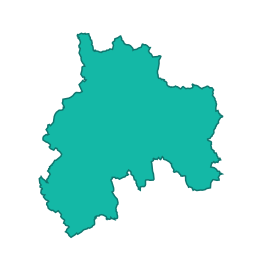 the district of Loikaw, Kayah, Myanmar, rotated 352°
{"feature_id": "60261553B25125997749826", "entity_name": "Loikaw", "entity_type": "district", "adm_level": 2, "iso_a3": "MMR", "parent_name": "Myanmar", "parent_adm1": "Kayah", "projection": "robinson", "projection_center": [97.339, 19.508], "detail": "fine", "context": "isolated", "style": "filled", "palette": "teal", "viewbox_px": 256, "rotation_deg": 352, "n_neighbors": 0, "source": "geoboundaries", "source_scale": "gbopen_adm2", "svg_char_len": 5824}
<svg xmlns="http://www.w3.org/2000/svg" viewBox="0 0 256 256"><g transform="rotate(352 128 128)"><path d="M214.8,186.6L213.4,185.6L212.4,185.5L212.7,184.2L212.2,183.5L210.6,183.3L209.8,181.3L207.9,179.4L204.5,178.1L206.2,174.1L206.9,174.3L208.3,173.3L209.3,174.6L210.7,174.0L212.2,174.5L213.2,172.6L215.3,172.4L214.7,170.7L213.9,171.0L213.0,170.5L212.8,169.0L212.0,167.5L212.2,166.7L211.7,165.0L210.7,165.0L209.8,163.9L209.7,163.4L210.1,162.8L207.6,160.1L207.9,159.4L207.6,156.4L208.4,155.7L208.3,154.8L208.6,153.8L208.3,153.0L205.7,151.5L205.2,150.9L205.3,150.0L207.8,149.7L208.8,148.4L210.3,147.5L210.3,146.8L211.9,145.5L212.5,144.2L212.5,142.9L212.9,141.7L214.5,140.2L215.0,138.7L215.7,138.3L215.7,137.8L216.6,136.7L218.4,135.5L218.3,134.5L218.8,133.2L221.2,130.5L223.1,130.1L223.3,129.5L222.0,128.3L221.0,127.9L220.9,126.8L220.1,126.3L219.5,123.2L217.5,123.5L217.7,120.3L219.0,116.6L218.6,115.6L218.8,114.3L218.0,112.2L218.2,111.0L216.2,107.3L217.2,105.5L216.8,104.0L218.0,102.3L216.8,99.9L214.4,99.5L213.4,98.1L212.2,97.6L210.3,98.3L207.9,98.7L206.8,99.5L204.6,97.9L203.1,96.2L201.2,95.2L199.8,95.1L199.2,94.3L198.0,93.6L197.6,94.1L198.0,95.2L198.0,96.3L197.4,97.1L194.9,97.6L192.8,97.0L190.7,97.1L188.4,94.7L187.8,94.8L186.2,96.3L185.4,96.5L182.6,94.0L181.9,93.9L180.9,93.1L179.7,93.7L176.5,93.7L176.5,93.4L175.6,93.4L174.9,92.7L174.3,92.8L172.9,91.3L172.5,90.0L172.7,88.5L171.8,87.2L170.4,86.5L170.2,85.9L170.6,85.3L169.0,84.6L168.0,84.8L167.2,83.4L165.5,83.1L165.0,82.0L165.1,79.4L164.8,78.2L165.1,75.5L166.1,73.7L167.7,68.6L168.1,65.2L169.6,63.2L170.5,61.7L170.3,61.3L168.8,60.8L167.5,61.4L162.3,61.1L161.4,58.2L159.9,56.8L159.0,54.6L161.2,51.5L160.0,51.3L158.5,49.2L157.0,48.0L155.6,47.9L154.3,47.0L153.8,47.1L152.4,49.8L149.6,50.3L147.5,51.3L144.7,51.3L143.8,51.7L143.9,49.9L141.9,46.9L140.4,45.8L137.7,45.2L136.1,43.9L135.4,41.5L133.9,39.7L134.2,38.6L133.5,35.9L132.6,36.1L130.6,37.2L127.4,37.9L126.8,39.9L124.6,41.1L124.4,42.1L124.9,42.8L125.1,44.3L123.6,48.0L121.0,47.2L119.6,48.2L117.7,48.0L116.7,48.8L113.7,48.6L112.3,49.4L111.9,49.0L111.0,49.2L108.9,47.8L106.7,47.3L106.6,46.5L105.9,46.4L105.3,47.1L104.4,46.0L104.6,43.1L104.3,41.5L103.6,40.2L104.3,39.1L104.1,36.0L103.4,35.8L103.1,35.1L103.2,33.1L102.4,31.3L102.2,29.2L98.9,29.1L98.7,28.4L96.6,28.6L95.0,27.7L92.0,28.8L91.1,28.5L90.6,29.7L92.0,31.6L91.1,31.9L92.4,33.8L92.9,36.1L92.5,37.6L90.8,39.7L90.9,41.7L91.6,42.1L91.8,42.6L90.0,46.9L91.5,51.7L91.2,52.4L91.2,54.7L92.3,57.5L93.3,58.8L93.7,60.8L92.6,60.6L91.0,61.3L90.4,64.5L88.8,68.2L90.3,71.4L91.5,71.3L92.0,72.0L91.5,73.7L93.2,74.6L91.4,76.0L89.7,74.7L88.9,75.7L85.6,78.2L87.7,85.5L85.3,86.4L81.6,85.6L80.0,86.4L77.9,88.4L75.8,89.5L73.7,90.2L67.6,90.5L67.1,93.0L66.4,94.1L67.8,98.0L67.7,98.9L66.8,98.6L66.7,99.6L65.9,100.9L64.3,101.1L62.3,100.8L59.3,102.5L57.8,104.2L56.6,106.3L55.0,111.9L51.6,114.9L50.7,113.6L49.1,113.9L48.7,116.3L46.7,118.2L47.9,120.7L48.0,122.6L48.6,123.2L47.3,123.7L46.0,123.1L43.2,124.6L42.4,126.1L42.2,128.0L45.0,130.5L46.4,131.1L48.8,133.6L48.5,135.1L47.5,135.5L47.5,136.3L48.5,137.7L51.4,139.6L53.3,137.7L54.8,138.4L55.3,140.2L57.1,141.8L58.7,144.6L57.6,146.7L52.4,149.9L50.9,149.9L49.1,152.3L47.7,153.4L47.4,154.3L46.7,154.2L45.5,155.5L45.0,155.4L44.7,157.3L43.9,157.3L43.5,158.5L42.5,159.4L44.0,161.4L44.5,163.0L42.5,165.3L41.8,166.8L41.0,167.1L40.4,167.9L40.3,169.7L40.9,170.9L39.7,170.6L38.5,168.3L36.2,166.2L35.2,164.0L34.8,164.7L33.1,165.8L33.0,170.2L34.0,172.4L32.8,173.2L32.8,174.4L34.7,175.9L34.6,176.6L33.5,177.1L32.7,180.1L34.0,182.2L36.2,182.7L34.7,184.4L36.5,187.5L38.9,189.0L39.2,189.7L37.2,190.9L36.8,192.6L37.6,193.8L37.9,196.4L39.3,197.9L41.0,199.1L42.2,199.0L44.5,201.5L47.4,200.3L50.0,204.4L49.1,206.4L50.5,208.6L51.7,209.5L52.4,210.5L51.0,213.2L52.2,214.2L52.8,215.7L55.0,216.5L55.9,217.8L53.5,219.7L52.4,221.6L51.7,222.1L53.4,223.4L54.5,225.1L54.6,226.2L56.4,228.3L60.8,226.3L62.6,225.0L63.4,226.2L67.3,224.5L69.9,222.6L73.5,222.1L74.7,221.3L76.1,221.8L78.8,220.8L79.3,219.9L81.3,219.0L81.6,218.0L81.9,213.9L82.9,213.4L82.7,212.4L83.9,212.5L83.4,211.2L84.2,211.0L84.3,211.4L85.1,210.8L87.3,211.0L87.8,210.3L89.6,210.1L91.3,210.7L94.0,212.6L94.3,213.7L93.9,215.0L94.5,215.7L95.3,215.0L96.6,215.8L98.2,215.6L98.6,214.2L99.4,215.3L101.8,216.6L101.5,216.0L101.9,215.5L103.3,216.2L104.7,215.9L105.1,215.5L105.4,213.6L105.1,211.7L105.4,210.0L104.6,208.7L104.9,207.2L104.8,205.7L106.6,202.4L107.3,202.1L107.7,200.5L107.4,196.9L105.4,194.0L103.3,189.1L104.9,188.4L105.2,187.5L105.4,185.4L104.4,179.0L103.9,177.9L104.0,176.8L105.3,176.0L105.5,174.7L108.1,175.0L108.9,176.2L110.8,176.1L112.4,177.5L116.4,176.1L118.1,176.0L119.8,174.6L121.1,174.7L121.9,174.0L121.1,173.3L120.5,172.3L122.8,169.7L124.3,171.2L124.3,170.8L124.8,172.3L124.6,174.3L126.7,176.4L127.1,180.2L128.3,180.7L128.6,182.1L128.4,183.9L129.0,184.7L128.7,185.6L130.3,189.0L129.7,189.8L131.5,191.3L132.0,188.1L134.1,187.9L135.7,188.3L137.0,187.5L137.5,186.3L138.0,182.5L138.5,182.0L140.7,182.1L142.3,182.8L145.8,183.1L146.6,182.3L146.8,176.9L146.3,174.3L146.6,166.9L146.4,164.7L148.6,163.7L148.7,162.0L149.3,161.7L149.7,162.5L150.2,162.3L150.7,162.8L151.7,162.7L152.5,163.2L154.2,161.5L155.5,163.6L155.9,163.8L158.0,161.2L158.9,162.4L159.0,163.8L159.3,164.1L161.4,165.0L164.7,167.7L165.4,169.2L166.1,169.3L165.9,171.1L166.2,172.8L167.5,175.3L167.6,176.1L167.0,177.4L167.5,178.2L168.2,178.3L169.8,177.6L170.0,178.0L170.3,177.9L171.9,179.0L172.7,180.7L173.5,181.4L173.7,182.8L174.9,183.2L175.4,183.0L175.7,183.3L176.9,183.0L178.3,183.7L177.8,187.9L178.4,191.5L179.5,193.8L179.8,195.1L180.9,194.9L182.5,195.7L183.5,196.7L183.3,197.1L183.8,198.7L185.1,198.1L187.4,199.5L191.0,199.5L193.1,199.9L195.9,199.7L197.4,198.9L201.3,198.7L202.4,193.7L204.7,191.1L205.4,191.0L208.8,192.2L211.0,192.2L211.0,190.9L210.5,189.4L212.7,186.8L214.8,186.6Z" fill="#14b8a6" stroke="#0f766e" stroke-width="1.5"/></g></svg>